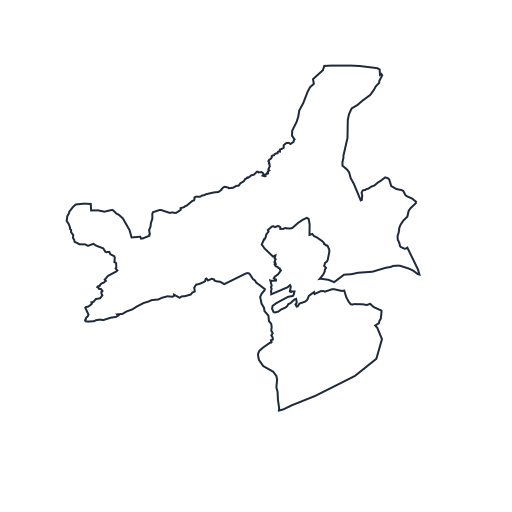 the district of Mbeya, Mbeya, United Republic of Tanzania, rotated 69°
{"feature_id": "72390352B82808491826054", "entity_name": "Mbeya", "entity_type": "district", "adm_level": 2, "iso_a3": "TZA", "parent_name": "United Republic of Tanzania", "parent_adm1": "Mbeya", "projection": "equal_earth", "projection_center": [33.409, -8.971], "detail": "fine", "context": "isolated", "style": "outline", "palette": "slate", "viewbox_px": 512, "rotation_deg": 69, "n_neighbors": 0, "source": "geoboundaries", "source_scale": "gbopen_adm2", "svg_char_len": 6143}
<svg xmlns="http://www.w3.org/2000/svg" viewBox="0 0 512 512"><g transform="rotate(69 256 256)"><path d="M193.8,138.5L178.6,128.3L161.8,121.5L157.0,118.4L153.2,114.6L152.4,113.5L151.4,107.2L149.1,100.8L146.6,91.7L143.3,86.6L140.5,83.3L138.5,78.9L136.8,78.2L132.5,73.4L130.9,73.8L131.3,75.3L126.2,73.7L124.3,75.3L122.8,77.9L115.8,91.1L112.4,98.8L105.3,117.3L103.0,124.2L106.5,126.9L111.3,139.4L116.0,140.3L117.8,145.1L121.2,149.0L130.2,157.1L135.7,163.5L141.2,166.7L145.4,170.1L152.0,177.3L156.7,179.3L161.0,178.2L161.5,179.2L162.9,180.0L163.8,183.6L162.1,184.9L161.5,186.9L161.6,188.1L162.6,190.5L164.8,191.3L165.2,192.6L165.2,195.5L167.1,196.2L166.5,197.2L166.6,198.2L167.8,199.1L167.4,200.6L167.7,202.2L168.4,203.1L168.1,204.6L168.3,205.4L169.7,206.1L170.7,207.7L170.8,209.1L172.0,210.5L173.1,210.1L174.3,210.8L174.6,210.4L177.2,211.0L179.5,213.4L180.9,212.9L181.3,214.7L183.0,215.0L183.4,215.6L182.7,216.4L183.3,217.2L183.6,218.7L184.7,218.5L184.7,219.3L183.3,221.1L182.4,219.7L181.4,219.6L179.6,220.8L178.9,223.7L177.9,224.1L177.6,224.9L179.3,228.7L179.0,231.4L180.1,235.0L180.1,235.7L179.6,236.0L180.2,237.3L180.2,238.5L181.8,240.5L182.5,244.5L184.1,246.9L183.5,249.4L184.1,253.1L183.8,254.1L183.0,257.1L182.1,257.5L180.2,260.3L180.2,261.7L181.2,264.1L181.7,264.3L182.8,268.1L181.5,272.8L180.4,280.8L180.7,282.2L180.2,284.7L180.6,286.4L180.4,287.7L179.1,290.6L179.3,292.5L181.0,293.1L181.8,293.9L181.8,295.9L184.1,302.5L184.1,304.3L184.6,305.5L184.3,309.3L185.9,309.7L187.1,314.7L186.8,316.1L185.3,318.7L184.8,321.1L179.0,328.2L178.5,329.5L178.2,336.5L179.3,337.6L184.0,339.4L187.6,342.3L190.7,343.9L193.5,346.5L197.6,347.3L197.9,348.0L198.9,348.3L199.0,355.5L198.6,357.1L196.5,357.2L194.1,365.5L186.5,364.8L173.2,366.8L168.5,369.2L166.4,371.1L162.5,372.8L161.4,373.8L160.3,381.6L156.7,387.3L154.4,393.6L148.2,391.6L145.5,397.8L143.3,405.9L144.6,409.2L147.7,414.4L149.1,415.3L151.2,417.9L155.5,420.2L158.9,419.4L162.4,419.4L164.2,419.9L165.4,419.3L167.6,420.1L170.9,419.1L173.6,420.4L175.7,419.9L177.7,420.3L182.0,416.3L183.8,411.5L186.3,409.2L186.4,403.4L189.0,401.6L194.1,395.9L198.1,395.1L198.8,394.3L199.6,391.5L202.1,391.4L205.3,388.5L206.9,388.4L211.0,390.4L212.0,389.3L212.7,389.2L216.6,390.5L217.3,391.5L219.8,390.6L220.4,392.0L221.5,401.3L223.9,405.7L225.4,405.1L226.3,407.8L226.3,410.1L226.9,411.7L227.8,412.4L227.7,414.7L228.2,415.3L229.1,414.5L230.4,414.4L231.4,412.5L233.5,411.9L233.8,411.9L234.2,413.3L235.9,413.8L237.6,413.5L239.6,416.6L238.8,421.0L240.6,424.3L240.3,426.3L241.7,426.3L242.5,428.2L243.1,430.7L242.7,433.0L243.1,433.9L250.8,433.4L252.1,434.9L252.9,437.0L253.8,437.3L254.6,438.6L255.9,438.5L257.0,436.4L258.8,430.7L258.6,428.4L259.5,424.4L261.1,421.5L261.5,413.9L262.7,408.4L262.2,405.8L260.8,406.5L262.2,401.4L261.4,396.8L261.5,390.5L260.4,385.1L259.6,377.6L260.0,372.8L259.8,369.1L261.6,362.8L261.3,358.8L261.9,353.1L264.1,348.6L263.9,346.9L262.7,346.4L267.6,342.3L267.1,339.8L268.0,336.9L268.6,330.9L267.3,328.5L267.2,325.9L263.4,325.0L261.3,322.2L261.8,318.4L261.5,313.6L261.3,312.6L259.3,311.1L259.3,310.3L261.6,309.6L261.4,305.5L262.9,303.5L263.9,303.7L265.6,301.8L267.2,298.7L270.9,295.7L268.7,272.0L268.9,270.1L269.5,269.0L270.8,268.3L276.4,267.1L278.6,265.7L280.7,265.4L290.1,259.6L291.2,260.5L293.1,264.1L295.7,266.8L302.4,267.9L307.2,267.1L310.5,267.8L316.1,265.8L321.4,267.2L324.9,266.1L328.1,266.9L331.1,268.5L334.1,268.1L335.7,270.2L337.4,269.7L339.4,269.9L340.1,270.4L340.0,272.2L342.0,272.3L342.3,273.1L341.9,273.7L344.0,282.2L345.7,286.8L348.0,289.1L350.4,289.9L354.1,290.5L361.4,288.7L370.2,281.4L375.4,280.0L379.0,280.6L385.8,284.0L390.8,284.6L398.2,287.1L406.3,288.9L408.5,290.0L409.0,285.4L408.2,275.9L407.8,250.5L403.4,206.6L395.1,180.5L378.8,168.2L366.5,168.5L363.6,169.6L362.8,165.4L360.7,163.9L359.4,162.1L352.9,158.7L351.9,158.5L345.9,164.4L341.5,166.6L341.5,170.1L339.3,173.7L336.1,181.6L335.8,183.7L334.9,184.9L331.8,185.9L326.5,186.5L319.9,186.0L319.4,188.4L315.0,195.0L314.3,196.7L314.0,204.5L313.0,205.4L312.0,208.2L312.5,214.9L310.5,214.7L312.1,220.8L315.3,223.9L315.8,225.3L316.2,226.6L316.0,231.9L316.4,233.1L317.9,235.1L317.8,236.2L315.3,236.5L314.8,235.3L313.8,234.6L310.4,233.9L310.4,235.7L312.4,240.8L312.5,243.1L313.9,244.7L314.7,246.9L314.9,251.5L315.9,255.1L315.5,258.6L314.5,259.7L311.0,259.9L308.5,258.4L307.3,254.0L305.6,240.8L306.5,235.9L305.5,234.6L302.9,232.8L301.8,235.5L302.2,236.1L301.2,237.1L297.1,234.5L295.4,234.7L296.5,237.7L297.2,255.5L293.9,254.4L292.3,253.2L290.4,253.2L289.4,252.0L284.0,251.4L284.7,250.5L286.1,246.1L285.4,245.9L285.4,246.7L283.8,246.7L283.1,247.3L282.0,245.9L281.0,242.0L278.4,237.9L277.2,238.5L276.0,238.3L275.3,239.3L273.9,239.8L272.6,241.3L270.7,241.6L270.6,240.4L268.6,240.5L268.7,241.0L268.2,241.0L266.1,238.8L265.0,239.5L262.4,237.7L262.7,240.3L252.1,245.3L247.3,246.5L243.3,242.6L243.6,242.2L242.1,240.4L239.6,238.7L237.6,235.5L236.0,235.6L234.2,230.5L234.3,229.3L235.9,227.9L235.8,224.9L236.8,223.6L237.8,223.0L239.4,223.6L240.4,221.2L240.4,218.3L241.1,217.7L242.5,214.4L242.9,212.2L240.1,204.6L238.9,199.2L238.6,194.9L240.1,193.6L245.4,194.5L255.5,198.5L255.6,195.6L258.3,194.6L260.2,192.7L265.8,188.9L268.2,187.9L269.4,188.1L270.2,187.0L271.0,187.1L271.9,185.6L275.9,185.3L278.1,185.9L285.3,190.4L286.6,191.9L287.2,194.0L289.7,195.9L292.2,194.9L293.5,196.7L295.0,197.3L297.5,200.0L300.2,204.8L300.5,203.5L304.2,196.9L308.4,192.4L305.0,180.5L307.2,173.4L308.2,166.8L312.4,152.9L313.5,138.9L314.5,134.3L314.4,131.6L315.7,127.4L316.7,125.1L322.6,117.7L326.0,114.5L330.7,111.6L331.9,110.1L326.8,109.6L302.4,111.7L302.8,113.5L302.3,114.9L299.6,117.5L298.3,118.0L295.0,117.5L291.7,117.8L288.3,116.8L284.8,114.1L281.0,112.1L278.5,109.7L275.7,105.7L273.5,100.6L268.4,97.2L266.6,94.3L264.0,87.9L262.6,87.2L258.3,89.7L254.0,94.0L252.6,94.7L248.0,95.2L246.7,96.4L243.9,100.8L239.2,104.7L232.4,104.2L230.5,105.1L228.9,107.3L230.5,112.6L231.0,115.7L232.6,120.1L232.6,123.8L233.4,127.0L233.1,128.8L233.5,130.6L233.0,132.4L233.4,133.4L234.9,134.8L237.2,135.0L241.5,137.1L241.6,138.3L223.7,138.8L217.2,139.7L211.3,139.1L207.9,140.0L202.7,142.9L199.4,141.7L195.7,139.2L193.8,138.5Z" fill="none" stroke="#1e293b" stroke-width="2"/></g></svg>